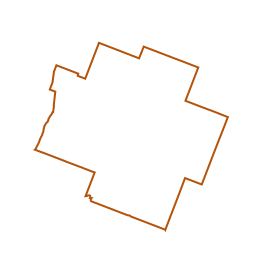 the district of Karoonda East Murray, South Australia, Australia, rotated 291°
{"feature_id": "25037944B45596854652330", "entity_name": "Karoonda East Murray", "entity_type": "district", "adm_level": 2, "iso_a3": "AUS", "parent_name": "Australia", "parent_adm1": "South Australia", "projection": "mercator", "projection_center": [139.832, -34.928], "detail": "fine", "context": "isolated", "style": "outline", "palette": "amber", "viewbox_px": 256, "rotation_deg": 291, "n_neighbors": 0, "source": "geoboundaries", "source_scale": "gbopen_adm2", "svg_char_len": 3518}
<svg xmlns="http://www.w3.org/2000/svg" viewBox="0 0 256 256"><g transform="rotate(291 128 128)"><path d="M46.4,119.8L46.4,158.9L46.5,159.4L46.5,159.6L46.6,159.9L46.7,160.0L46.8,160.4L46.9,160.6L46.9,160.9L46.9,161.2L46.4,162.2L46.4,167.8L46.4,179.8L46.4,190.4L46.4,199.2L46.3,199.3L59.6,199.3L60.4,199.3L60.7,199.2L61.0,199.2L61.3,199.3L66.5,199.3L77.8,199.3L86.1,199.3L86.3,199.3L101.7,199.2L101.7,217.1L106.1,217.1L119.0,217.1L126.8,217.1L137.9,217.1L154.2,217.2L164.1,217.3L174.0,217.3L174.0,211.7L174.1,205.6L174.1,204.4L174.1,204.1L174.1,203.9L174.1,199.4L174.0,194.6L174.0,194.3L174.0,194.2L174.0,193.9L174.1,193.7L174.1,193.3L174.1,192.9L174.0,192.7L174.0,178.5L174.0,178.4L174.0,178.0L174.0,177.8L174.0,177.6L174.0,177.3L174.0,177.2L174.0,176.9L174.0,176.6L174.0,176.4L174.0,171.9L191.2,171.9L198.6,171.9L209.7,171.9L209.6,113.5L203.1,113.5L202.6,113.5L202.6,113.4L197.4,113.4L197.0,113.4L197.1,70.4L182.6,70.4L168.0,70.4L158.7,70.4L158.7,62.3L159.3,62.1L160.1,62.2L160.5,62.2L160.9,62.1L160.9,56.1L160.9,38.8L160.9,38.7L154.0,38.7L149.0,39.9L148.8,39.9L143.5,41.2L135.9,41.2L135.9,47.1L126.3,49.6L126.2,49.6L123.7,50.3L123.0,50.5L122.8,50.5L122.3,50.7L122.2,50.7L122.0,50.9L121.8,51.1L121.7,51.1L121.3,51.2L120.6,51.3L116.9,52.2L116.7,52.2L116.4,52.3L116.4,52.2L116.2,52.1L115.8,51.9L114.0,51.8L113.5,51.7L113.1,51.7L112.2,51.3L111.7,51.2L111.3,51.1L109.1,50.7L108.6,50.6L107.9,50.5L107.4,50.8L106.8,50.8L106.6,50.7L105.7,50.8L104.7,50.6L103.9,50.1L102.6,49.7L101.4,49.6L99.5,49.2L98.6,49.5L97.7,49.6L96.3,49.7L96.1,49.8L95.7,49.9L95.3,50.0L95.1,50.0L94.8,50.1L94.6,50.2L94.3,50.2L94.1,50.2L91.6,50.2L91.0,50.4L87.8,50.0L86.6,49.9L82.7,50.0L79.4,49.7L78.3,49.5L76.2,49.4L74.9,49.1L74.6,49.0L74.4,48.9L74.4,56.6L74.5,56.6L74.5,57.0L74.5,57.4L74.5,57.7L74.5,57.8L74.5,58.0L74.5,58.4L74.5,58.6L74.5,58.9L74.5,59.2L74.5,59.4L74.5,59.7L74.5,59.8L74.5,60.0L74.5,60.5L74.5,61.1L74.5,61.3L74.5,61.7L74.5,62.0L74.5,62.3L74.5,62.8L74.5,63.0L74.5,63.5L74.5,63.9L74.5,64.1L74.5,64.4L74.5,64.8L74.5,65.0L74.5,65.3L74.5,65.6L74.5,65.8L74.5,66.0L74.5,66.5L74.5,66.9L74.5,67.1L74.5,67.4L74.5,67.6L74.5,68.0L74.5,68.3L74.5,68.6L74.5,68.9L74.5,69.2L74.5,69.3L74.5,69.5L74.5,69.8L74.4,70.0L74.5,70.1L74.5,70.3L74.5,70.5L74.5,71.1L74.5,71.3L74.5,71.5L74.5,71.8L74.5,72.1L74.5,72.3L74.5,72.5L74.5,72.8L74.5,73.1L74.5,73.5L74.5,73.9L74.5,74.3L74.5,74.5L74.5,74.8L74.5,75.1L74.5,75.5L74.5,75.8L74.5,76.2L74.5,76.4L74.5,76.6L74.5,77.1L74.5,77.3L74.5,77.5L74.5,77.8L74.5,78.0L74.5,78.4L74.5,78.7L74.5,78.8L74.5,79.1L74.5,79.4L74.5,79.8L74.5,80.0L74.5,80.4L74.5,80.6L74.5,80.9L74.5,81.1L74.5,81.4L74.4,81.6L74.5,93.6L74.5,97.0L74.5,97.3L74.5,97.6L74.5,98.0L74.6,98.3L74.6,98.5L74.6,98.9L74.6,99.0L74.6,99.3L74.6,99.5L74.5,99.9L74.5,100.0L74.5,100.3L74.5,100.5L74.5,100.8L74.5,101.1L74.5,101.3L74.5,101.5L74.5,103.5L74.5,103.9L74.5,104.0L74.5,104.3L74.5,104.5L74.5,104.8L74.5,105.0L74.5,105.3L74.5,105.5L74.5,105.8L74.5,106.1L74.5,106.3L74.5,106.5L74.5,106.8L74.5,107.0L74.5,107.3L74.5,107.5L74.5,107.8L74.5,108.0L74.5,108.3L74.5,108.8L74.5,109.0L74.5,109.3L74.5,109.5L74.5,110.0L74.5,110.3L74.5,110.7L74.5,110.8L74.5,111.0L74.5,111.5L74.6,111.8L74.6,112.0L74.6,112.3L74.6,112.5L74.6,112.8L63.3,112.8L53.9,112.8L51.7,112.8L49.2,112.8L49.4,113.1L49.6,113.7L50.0,114.2L50.8,115.1L51.1,115.6L51.3,116.3L51.3,116.7L51.1,116.9L50.8,117.2L50.4,117.4L50.0,117.5L49.6,117.6L49.0,117.6L49.4,118.8L49.2,118.7L48.7,119.1L48.4,119.0L48.4,118.8L47.9,118.9L47.6,119.0L47.2,119.1L46.4,119.8Z" fill="none" stroke="#b45309" stroke-width="2"/></g></svg>